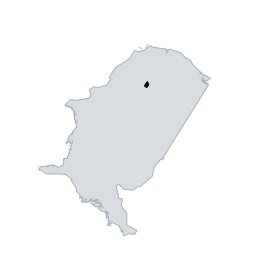 Sevier, Utah, United States of America (highlighted), rotated 124°
{"feature_id": "52423323B46966183656729", "entity_name": "Sevier", "entity_type": "district", "adm_level": 2, "iso_a3": "USA", "parent_name": "United States of America", "parent_adm1": "Utah", "projection": "orthographic", "projection_center": [-112.118, 38.774], "detail": "fine", "context": "in_parent", "style": "filled", "palette": "ink", "viewbox_px": 256, "rotation_deg": 124, "n_neighbors": 0, "source": "geoboundaries", "source_scale": "gbopen_adm2", "svg_char_len": 4064}
<svg xmlns="http://www.w3.org/2000/svg" viewBox="0 0 256 256"><g transform="rotate(124 128 128)"><path d="M199.5,81.2L209.0,74.9L207.9,63.4L212.2,62.9L215.5,68.6L219.7,71.1L216.9,74.6L217.2,75.8L215.9,74.8L216.2,77.6L214.1,80.9L215.0,87.8L217.9,89.3L218.9,88.4L218.1,87.5L218.7,87.8L219.3,89.0L216.4,91.6L215.2,90.6L215.7,92.6L212.0,95.0L210.0,98.9L209.8,97.4L209.1,96.7L209.7,100.3L210.8,100.4L211.6,103.3L211.0,107.8L207.9,106.6L208.3,103.8L207.4,106.1L209.0,108.2L210.5,109.2L211.3,110.7L210.8,117.7L210.3,113.7L206.8,111.3L206.8,107.0L205.1,109.1L207.9,114.0L205.3,113.3L204.6,113.8L204.6,111.9L204.4,111.4L204.2,113.0L204.6,114.1L208.5,114.8L208.2,116.1L206.1,114.8L205.4,114.7L208.0,116.2L208.9,116.3L209.0,117.8L207.6,117.2L209.9,118.6L209.6,119.0L208.5,118.3L206.4,118.7L209.5,119.6L211.0,118.8L214.3,123.0L211.6,119.9L212.9,122.1L209.9,122.9L212.8,124.4L213.6,123.3L213.1,126.0L210.0,126.5L212.1,126.9L211.0,128.7L213.1,128.7L210.1,130.6L209.6,134.9L206.9,137.2L203.0,146.1L202.0,145.6L201.4,152.5L201.6,154.1L203.8,158.3L211.7,170.2L211.9,177.9L209.6,179.2L206.5,176.3L205.3,173.2L201.1,170.7L201.9,168.7L200.2,169.3L199.8,164.3L194.8,160.9L189.0,164.0L187.3,161.5L181.2,163.1L181.8,161.8L180.9,163.2L178.3,164.5L177.8,162.3L177.7,164.0L169.3,166.6L173.1,166.8L172.3,169.1L175.4,170.3L174.2,171.7L170.6,169.9L170.8,172.0L166.4,172.2L163.6,170.2L162.4,171.8L155.8,171.2L152.6,174.7L153.4,173.7L151.3,173.4L150.8,177.1L147.2,180.0L148.0,179.2L145.4,179.3L146.4,180.3L143.6,182.3L142.9,186.3L141.5,185.9L142.8,186.8L143.4,190.3L144.9,192.2L144.1,193.1L136.4,191.5L134.2,186.6L125.4,177.2L121.4,177.1L117.9,181.6L113.0,179.3L110.5,174.7L103.9,169.5L96.7,169.8L96.7,171.9L85.1,172.3L70.1,165.5L60.3,166.0L59.1,162.2L55.1,158.5L46.9,155.1L47.1,152.5L41.1,140.1L41.5,138.9L42.7,140.6L42.1,138.0L45.1,138.1L39.5,137.8L36.0,126.3L37.7,120.7L37.0,114.0L39.0,110.0L41.3,98.0L43.8,98.7L41.1,97.7L42.3,94.6L41.3,94.5L40.6,87.5L46.5,89.5L44.9,92.9L47.1,90.6L46.6,93.5L45.0,94.1L46.1,94.3L47.4,93.2L48.1,90.2L47.1,85.4L133.6,82.4L133.2,80.7L135.5,83.3L145.7,84.4L154.7,80.9L169.9,85.1L171.1,87.0L176.6,88.9L180.8,96.5L180.0,104.1L182.2,105.8L191.4,96.4L189.8,93.6L190.6,92.7L196.3,90.0L199.5,81.2ZM213.8,95.8L215.3,94.5L210.1,99.5L214.1,94.7L213.8,95.8ZM47.1,88.3L47.7,90.3L47.6,90.6L46.7,89.1L47.1,88.3ZM144.7,191.6L143.4,188.7L143.2,186.9L143.6,188.7L144.7,191.6ZM217.4,74.6L217.8,75.5L217.5,75.5L217.4,74.6ZM163.8,171.1L164.1,171.7L163.3,171.3L163.8,171.1ZM50.0,158.3L50.9,158.0L51.0,158.1L50.0,158.3ZM48.9,158.0L48.5,158.4L48.2,158.0L48.9,158.0ZM218.0,90.9L217.8,91.7L217.6,91.7L218.0,90.9ZM143.6,185.2L143.2,186.7L144.2,183.7L143.6,185.2ZM209.3,166.2L210.8,168.6L209.1,166.0L209.3,166.2ZM54.8,161.1L55.2,161.9L54.7,161.1L54.8,161.1ZM212.4,178.2L211.8,179.3L212.6,177.1L212.4,178.2ZM215.2,124.6L214.8,125.9L214.5,123.2L215.2,124.6ZM46.5,86.7L46.5,87.3L46.2,86.9L46.5,86.7ZM146.6,180.9L145.2,181.7L146.6,180.6L146.6,180.9ZM219.7,90.3L220.0,91.0L219.4,91.1L219.7,90.3ZM54.7,163.2L54.9,164.2L54.5,163.3L54.7,163.2ZM145.0,182.3L144.4,182.8L144.9,182.1L145.0,182.3ZM211.4,111.9L211.3,113.6L211.4,111.3L211.4,111.9ZM152.2,175.4L151.4,176.1L152.6,174.9L152.2,175.4ZM201.7,153.2L201.9,154.4L201.6,153.6L201.7,153.2ZM213.4,128.8L213.2,129.1L213.6,128.0L213.4,128.8ZM191.1,163.1L190.2,164.0L189.8,164.0L191.1,163.1ZM177.8,164.4L177.7,164.6L177.1,164.8L177.8,164.4ZM204.2,173.7L204.6,174.5L204.0,173.6L204.2,173.7ZM175.5,166.7L175.5,167.5L175.2,166.2L175.5,166.7ZM210.5,180.9L210.0,181.2L210.7,180.7L210.5,180.9ZM211.7,103.8L211.6,104.7L211.6,103.5L211.7,103.8ZM214.4,126.4L214.1,126.8L214.4,126.4Z" fill="#d9dde1" stroke="#a8b0b8" stroke-width="1"/><path d="M82.0,137.8L82.0,137.7L83.7,137.7L83.7,136.9L83.7,135.3L83.7,135.2L81.8,135.2L81.6,135.2L81.0,135.1L81.0,135.4L80.9,135.4L80.9,135.6L80.6,135.6L80.5,135.8L80.4,135.9L80.4,136.0L80.2,136.1L80.2,136.5L80.3,136.7L80.2,136.7L80.1,136.8L79.9,136.9L79.4,136.9L79.3,137.1L79.3,137.3L79.2,137.3L79.1,137.6L80.3,137.7L80.6,137.7L80.9,137.7L80.9,137.8L82.0,137.8Z" fill="#0f172a" stroke="#020617" stroke-width="1.5"/></g></svg>